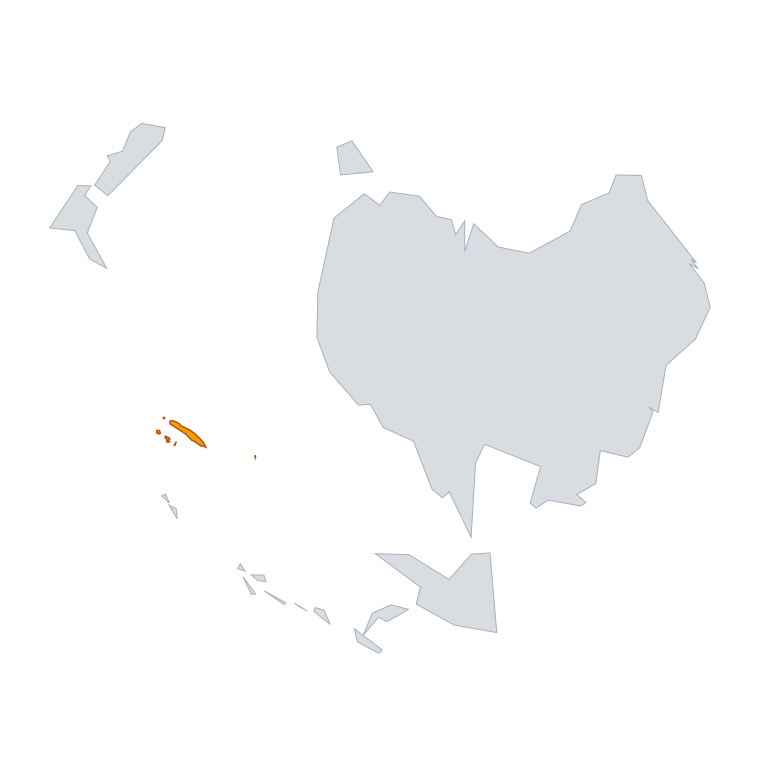 Oceania, with New Caledonia highlighted, rotated 178°
{"feature_id": "NCL", "entity_name": "New Caledonia", "entity_type": "country or territory", "adm_level": 0, "iso_a3": "NCL", "parent_name": "Oceania", "parent_adm1": "", "projection": "orthographic", "projection_center": [166.029, -20.888], "detail": "coarse", "context": "in_parent", "style": "filled", "palette": "amber", "viewbox_px": 768, "rotation_deg": 178, "n_neighbors": 5, "source": "natural_earth", "source_scale": "50m", "svg_char_len": 2721}
<svg xmlns="http://www.w3.org/2000/svg" viewBox="0 0 768 768"><g transform="rotate(178 384 384)"><path d="M280.0,131.7L322.2,140.5L359.5,163.0L354.7,179.7L398.5,214.7L365.0,212.6L325.8,186.4L302.4,211.0L284.0,211.4L280.0,131.7ZM419.6,127.2L422.2,140.5L395.1,118.3L398.5,115.1L419.6,127.2ZM403.7,155.3L384.5,163.1L367.5,157.9L389.3,146.4L397.6,151.1L413.5,133.7L403.7,155.3ZM446.2,145.6L462.2,159.3L460.5,162.9L451.6,160.0L446.2,145.6Z" fill="#d9dde1" stroke="#a8b0b8" stroke-width="1"/><path d="M602.6,272.6L610.2,279.9L606.2,281.6L602.6,272.6ZM603.2,270.7L595.7,266.2L595.4,256.5L603.2,270.7Z" fill="#d9dde1" stroke="#a8b0b8" stroke-width="1"/><path d="M536.7,204.6L534.0,209.3L529.2,201.8L536.7,204.6ZM523.8,178.4L531.7,196.4L519.6,178.6L523.8,178.4ZM523.3,197.8L510.7,197.3L508.8,190.5L517.1,192.1L523.3,197.8ZM491.6,167.3L511.3,181.6L489.7,168.7L491.6,167.3ZM476.3,164.4L481.3,168.2L468.7,159.7L476.3,164.4Z" fill="#d9dde1" stroke="#a8b0b8" stroke-width="1"/><path d="M712.7,551.6L683.0,593.0L670.1,592.2L676.7,582.7L664.3,570.6L675.3,545.3L657.1,509.3L673.9,519.2L687.7,548.1L712.7,551.6ZM597.2,635.0L653.4,581.9L666.2,592.8L649.7,616.0L652.6,621.8L637.4,625.7L628.6,644.8L616.9,652.9L593.7,647.8L597.2,635.0Z" fill="#d9dde1" stroke="#a8b0b8" stroke-width="1"/><path d="M387.5,596.5L420.1,594.4L422.9,622.2L407.6,628.1L387.5,596.5ZM192.7,530.3L180.3,556.3L152.3,567.2L144.7,584.9L119.6,583.4L114.1,558.2L67.6,494.3L72.6,498.0L66.1,488.1L74.6,493.6L60.5,473.5L55.3,449.4L71.1,418.2L101.4,392.9L111.1,346.0L120.3,351.8L116.0,347.0L130.7,311.4L143.0,302.4L170.2,309.9L175.8,277.1L195.2,266.9L186.3,258.4L191.6,255.2L224.1,262.2L236.4,254.7L242.1,259.8L230.5,296.0L285.7,320.3L295.3,301.7L302.3,227.9L322.6,274.0L329.5,268.2L339.7,277.2L356.4,325.8L386.3,340.5L398.3,364.2L410.2,363.8L437.8,397.8L449.4,433.0L447.0,477.8L428.2,551.5L397.1,574.8L382.0,562.8L371.5,575.6L341.9,570.4L325.8,549.7L310.7,545.8L307.3,530.9L297.7,543.9L298.7,513.6L288.8,541.0L265.0,516.9L234.3,509.6L192.7,530.3Z" fill="#d9dde1" stroke="#a8b0b8" stroke-width="1"/><path d="M564.3,327.0L567.6,328.7L569.0,328.4L575.5,333.4L578.1,334.5L583.7,340.8L598.8,351.3L599.5,353.5L599.1,354.3L596.8,354.9L593.2,353.4L589.8,351.3L588.8,349.6L579.8,344.8L575.0,341.2L568.4,334.2L565.9,330.9L564.3,327.0ZM604.3,339.5L600.4,337.4L600.0,336.5L601.8,335.0L600.3,333.9L602.0,333.3L603.1,334.1L603.1,336.1L604.7,338.2L604.3,339.5ZM611.5,343.0L613.0,343.2L612.8,345.4L610.9,345.7L609.9,345.0L609.2,342.5L611.2,341.9L611.5,343.0ZM595.7,330.4L593.6,333.7L595.1,330.0L595.7,330.4ZM605.8,358.1L604.6,358.3L604.7,357.1L605.7,357.6L605.8,358.1ZM515.2,317.3L514.9,315.6L515.2,314.8L515.5,316.4L515.2,317.3Z" fill="#f59e0b" stroke="#b45309" stroke-width="1.5"/></g></svg>